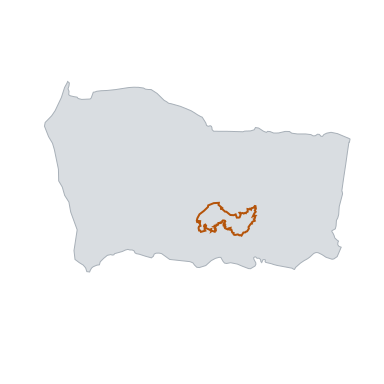 North East Gonja, Northern, Ghana shown in context, rotated 99°
{"feature_id": "2480657B30922977157044", "entity_name": "North East Gonja", "entity_type": "district", "adm_level": 2, "iso_a3": "GHA", "parent_name": "Ghana", "parent_adm1": "Northern", "projection": "robinson", "projection_center": [-0.531, 8.741], "detail": "medium", "context": "in_parent", "style": "outline", "palette": "amber", "viewbox_px": 384, "rotation_deg": 99, "n_neighbors": 0, "source": "geoboundaries", "source_scale": "gbopen_adm2", "svg_char_len": 4506}
<svg xmlns="http://www.w3.org/2000/svg" viewBox="0 0 384 384"><g transform="rotate(99 192 192)"><path d="M233.1,38.5L235.9,41.4L236.5,43.1L235.5,49.4L233.5,53.8L232.2,58.0L232.4,60.1L233.6,62.1L237.8,65.4L239.9,67.5L242.4,70.7L245.3,73.8L250.3,77.9L252.4,78.6L252.3,79.8L251.6,81.3L251.2,96.5L250.8,100.4L250.4,102.4L250.0,108.1L249.4,108.9L248.5,108.8L247.6,109.0L247.4,110.2L247.8,111.3L250.8,112.1L250.1,113.0L247.9,113.8L246.9,115.5L247.3,117.4L246.1,119.0L246.4,120.0L247.2,120.8L248.5,120.5L252.0,117.9L253.5,117.6L255.3,118.2L258.6,122.2L258.8,124.1L257.4,130.8L256.1,135.9L255.8,142.8L257.2,146.7L257.1,148.8L255.5,150.6L252.1,153.3L252.3,155.1L253.9,158.5L256.8,162.3L262.5,166.9L265.5,173.0L265.6,175.5L263.9,177.9L261.8,180.1L261.1,183.2L262.1,203.5L257.6,212.4L257.5,214.9L258.0,217.8L259.2,219.6L261.5,220.1L263.4,221.8L262.7,228.0L261.7,234.3L261.6,237.3L261.0,238.8L259.2,240.0L258.6,242.0L259.0,244.4L258.7,246.3L259.7,248.6L261.7,251.6L265.0,258.8L266.3,259.4L266.8,261.0L266.5,262.4L267.8,265.7L271.4,268.9L275.3,271.7L278.4,272.1L279.2,274.6L281.2,277.8L282.7,279.2L285.1,280.2L287.0,280.6L287.1,283.4L283.6,285.2L281.2,288.0L279.4,292.3L276.9,297.0L268.3,299.4L265.0,299.4L247.3,299.5L230.7,308.7L221.2,312.0L215.3,317.2L207.4,320.9L201.9,325.4L190.4,327.5L171.6,334.6L165.7,337.4L159.8,342.3L150.1,348.0L146.3,347.9L138.8,342.6L133.1,339.9L119.1,335.8L108.7,334.2L103.7,332.4L102.3,332.1L103.5,330.2L106.4,330.1L109.5,330.6L111.8,329.2L115.2,329.0L116.0,327.4L116.3,323.6L116.3,320.4L117.5,319.0L117.8,315.4L116.1,307.2L115.0,306.3L108.9,305.1L108.4,303.5L107.4,301.8L106.2,297.6L104.9,291.3L102.8,283.5L98.7,270.7L97.7,266.2L97.0,261.6L96.9,256.1L97.7,254.1L97.6,251.2L97.2,248.4L100.1,241.9L105.8,233.9L106.9,231.0L108.0,229.0L108.1,226.2L109.2,216.9L111.9,205.6L113.6,201.4L114.7,199.1L116.1,195.3L116.5,193.6L121.6,189.2L124.0,188.0L124.6,186.3L123.7,184.4L124.1,183.1L125.3,182.4L127.3,181.9L128.6,180.1L126.5,166.3L124.7,152.5L124.6,151.3L123.6,149.4L122.5,143.7L120.8,140.3L118.4,139.4L118.4,136.2L120.8,130.9L121.5,127.8L120.3,126.9L120.1,124.4L121.0,120.5L120.6,118.1L120.1,115.6L117.6,109.5L117.0,105.2L118.3,102.7L118.2,97.2L116.9,88.8L116.7,83.5L117.6,81.2L117.2,79.1L115.3,77.1L115.2,75.2L116.8,73.3L116.6,71.8L114.6,70.7L112.8,68.1L111.3,64.0L111.6,57.4L114.6,45.2L115.0,44.2L118.3,44.3L118.3,44.8L128.7,44.7L140.6,44.5L154.7,44.4L167.6,44.2L168.2,43.7L170.3,43.0L183.3,44.3L191.5,43.6L194.9,44.0L197.4,44.9L203.0,44.4L206.0,44.7L208.3,47.7L209.2,47.7L210.5,46.4L212.7,44.9L215.0,43.8L216.7,41.4L217.6,39.6L219.1,40.0L221.3,39.8L222.7,38.3L223.2,36.0L233.1,38.5Z" fill="#d9dde1" stroke="#a8b0b8" stroke-width="1"/><path d="M227.4,136.3L224.0,134.9L223.5,133.0L222.9,132.7L222.2,131.4L219.3,130.1L217.8,130.7L215.1,129.4L214.3,128.9L213.8,127.8L212.8,128.2L211.8,127.5L210.6,125.5L209.2,126.6L208.9,126.0L206.8,125.7L206.6,126.5L205.5,125.7L205.5,127.1L206.2,127.7L206.4,128.0L203.3,127.1L201.6,126.0L200.4,127.1L199.3,126.6L198.4,127.0L198.2,126.4L196.0,127.1L196.0,127.8L197.8,128.7L198.6,130.5L200.2,130.9L199.4,132.1L200.1,132.6L200.1,134.5L202.7,133.9L203.5,135.0L204.5,135.4L204.3,136.3L205.2,137.5L204.8,138.5L205.4,140.5L204.9,141.1L205.1,141.8L206.8,140.4L209.6,141.0L210.0,141.9L210.3,143.7L207.3,145.4L208.4,147.2L208.7,150.5L206.1,155.0L206.2,156.3L204.1,159.5L204.2,160.7L203.6,160.9L202.9,159.9L200.6,163.8L198.5,163.8L199.6,168.8L202.7,173.9L204.3,173.9L208.7,177.2L212.8,181.1L217.1,182.6L219.6,182.8L220.9,182.2L220.7,181.2L221.2,180.5L219.6,180.8L219.5,179.4L222.4,179.2L224.1,178.3L225.0,179.7L226.5,179.9L228.9,179.0L228.8,177.9L230.0,177.0L228.1,172.8L226.8,173.8L224.8,173.9L224.2,174.7L222.9,174.7L222.1,173.8L223.0,172.8L225.3,173.1L226.7,168.1L226.1,168.0L225.7,167.3L227.0,167.5L227.1,166.6L227.7,166.7L227.2,166.2L227.7,163.4L226.9,163.4L226.6,162.5L226.0,162.4L225.9,163.0L224.5,163.9L224.2,163.1L222.8,164.0L222.7,164.6L222.5,164.2L221.7,164.4L221.1,163.0L221.4,162.6L220.5,162.0L220.8,161.1L220.2,161.7L220.1,161.1L218.5,161.1L218.2,158.8L217.5,158.9L217.5,158.2L216.7,157.4L216.0,157.6L215.3,157.1L215.1,156.0L215.3,154.9L215.8,154.5L217.6,155.4L217.6,154.8L218.5,154.6L218.4,155.8L218.6,155.4L218.7,155.8L219.5,155.8L219.6,155.0L220.3,155.1L220.1,154.1L220.9,153.5L221.5,153.5L222.0,154.1L222.6,153.7L223.4,150.8L223.3,150.4L222.3,150.4L221.4,148.3L223.3,148.3L223.2,147.1L225.6,146.0L226.0,144.5L226.6,144.7L227.5,144.1L227.7,142.8L226.7,140.0L227.4,138.5L227.0,137.7L227.4,136.3Z" fill="none" stroke="#b45309" stroke-width="2"/></g></svg>